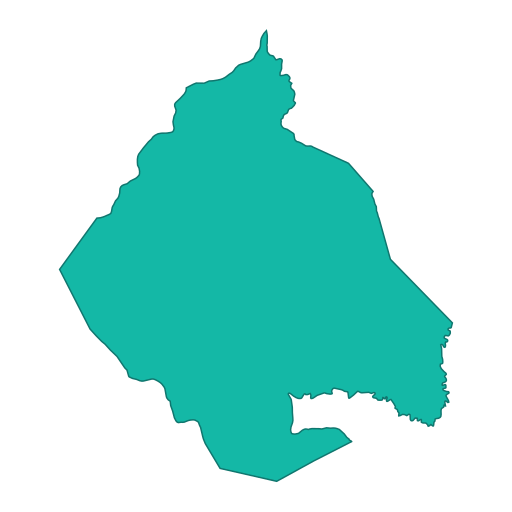 San Antonio de Cortes, Cortés, Honduras (Robinson projection)
{"feature_id": "27666195B17830621331766", "entity_name": "San Antonio de Cortes", "entity_type": "district", "adm_level": 2, "iso_a3": "HND", "parent_name": "Honduras", "parent_adm1": "Cortés", "projection": "robinson", "projection_center": [-87.991, 15.14], "detail": "fine", "context": "isolated", "style": "filled", "palette": "teal", "viewbox_px": 512, "rotation_deg": 0, "n_neighbors": 0, "source": "geoboundaries", "source_scale": "gbopen_adm2", "svg_char_len": 6052}
<svg xmlns="http://www.w3.org/2000/svg" viewBox="0 0 512 512"><path d="M266.4,30.7L263.9,33.5L262.3,36.2L261.3,38.3L260.7,41.3L260.4,46.4L259.6,48.8L258.0,51.2L255.9,54.0L253.8,58.4L250.6,60.9L248.3,62.1L240.8,64.3L238.7,65.2L235.6,68.0L233.8,70.7L232.2,72.4L229.4,74.2L225.5,77.2L222.9,78.6L220.7,79.4L217.5,80.1L213.0,80.8L209.2,81.0L204.2,83.2L196.2,83.1L193.4,84.2L186.3,87.8L186.1,90.4L185.5,92.0L184.2,94.1L180.2,98.4L175.6,102.7L174.7,104.2L174.7,106.1L176.1,110.1L175.7,112.9L174.1,116.1L173.0,121.7L173.4,124.9L174.0,127.5L174.0,129.1L173.3,131.0L172.6,131.8L171.2,132.4L166.8,133.1L161.3,133.2L158.0,133.8L155.2,135.2L153.2,136.7L151.3,139.3L148.5,141.8L143.5,147.8L138.7,154.2L137.8,156.5L137.4,159.3L137.4,162.4L137.6,165.2L139.1,168.3L139.6,171.3L139.5,173.9L139.0,175.3L137.1,177.3L135.5,178.5L130.4,181.0L127.0,183.8L124.0,184.7L122.2,185.5L120.7,187.0L120.0,188.7L119.7,193.0L118.8,196.4L117.9,198.2L115.5,200.9L113.7,204.8L112.7,206.3L112.2,207.6L111.5,211.6L110.8,213.4L109.5,214.3L103.4,216.9L100.3,217.8L96.9,218.1L59.6,269.4L90.1,329.1L96.2,335.8L101.7,341.4L105.1,344.2L110.6,350.3L117.0,356.4L124.8,367.9L127.0,370.1L128.7,376.2L129.2,376.9L132.4,378.4L136.6,379.4L139.8,380.7L141.9,381.1L143.5,381.0L151.4,379.1L153.2,379.0L155.1,379.6L158.0,381.1L160.3,382.6L162.0,384.2L164.1,387.0L164.9,388.6L166.4,396.8L166.8,397.9L168.2,399.8L170.2,401.2L170.7,405.6L172.6,410.9L174.4,417.8L176.0,420.9L177.1,422.1L178.3,422.6L181.3,422.2L182.5,422.3L184.3,422.1L188.1,420.6L190.1,420.1L193.2,419.8L195.0,420.1L197.8,421.6L198.6,422.6L199.5,425.2L200.6,427.5L202.7,436.4L203.4,438.9L205.3,443.6L220.1,468.4L276.7,481.3L313.6,461.0L351.6,441.6L351.3,441.1L349.6,440.2L349.2,439.8L349.1,439.2L346.7,437.3L344.3,434.0L339.4,429.5L336.8,428.5L335.0,428.1L333.1,428.0L330.5,428.2L326.5,427.8L321.8,429.0L319.1,428.7L312.0,428.6L309.7,429.0L308.3,429.5L306.9,429.1L305.2,429.0L304.0,429.4L302.4,430.2L298.5,433.4L295.0,434.1L292.9,433.9L291.6,433.5L290.9,431.8L290.6,429.7L291.0,427.0L292.5,422.7L292.9,420.4L292.8,417.8L292.4,412.7L292.3,407.3L291.3,400.1L291.0,399.1L288.4,394.6L288.3,393.7L288.7,393.2L289.5,393.2L290.2,393.4L293.6,396.1L296.1,397.6L298.2,398.4L299.8,398.5L301.0,398.4L301.8,397.8L303.7,394.7L304.4,393.9L305.1,393.9L305.8,394.6L306.7,394.6L307.8,394.5L310.2,393.5L310.6,394.3L310.9,395.4L310.7,397.0L310.7,398.0L311.1,398.5L311.9,398.5L313.1,398.1L317.3,395.3L323.9,393.0L324.7,392.9L326.6,393.6L330.1,394.1L331.8,393.9L332.2,393.4L331.6,391.2L331.9,390.1L332.9,388.6L334.2,388.1L341.1,389.6L342.6,390.1L344.5,391.3L347.6,391.8L348.0,392.7L348.6,397.4L348.8,398.1L349.2,398.2L350.0,397.8L353.6,395.0L357.0,391.8L357.8,391.3L358.6,391.5L360.7,392.6L361.8,392.8L368.7,392.3L371.4,393.4L373.5,392.6L374.5,392.6L375.1,393.2L375.0,394.1L373.0,396.0L372.7,396.6L372.8,397.1L373.4,397.7L376.4,398.3L378.0,400.1L379.9,400.2L381.9,400.1L382.5,399.5L382.7,398.6L382.7,397.8L382.9,397.5L383.7,397.8L384.3,398.7L385.0,398.9L385.3,398.6L385.8,397.2L386.3,396.8L386.8,397.0L387.2,397.8L386.5,399.9L386.5,400.8L386.8,401.3L387.6,401.3L390.2,399.6L391.0,399.5L393.8,403.6L395.3,406.3L395.4,406.8L395.1,407.5L395.1,408.3L397.3,409.5L397.8,411.5L399.0,413.1L398.7,415.4L398.8,415.9L400.1,415.6L402.5,414.4L404.7,414.6L406.8,415.6L408.7,414.3L409.3,414.3L409.9,414.6L410.1,415.0L410.3,419.3L410.7,420.2L411.2,420.7L412.1,420.8L413.1,420.4L415.1,418.1L417.1,418.2L417.4,418.7L417.3,420.1L417.5,420.7L418.6,420.8L420.3,419.6L421.2,419.5L421.4,419.8L421.3,421.6L421.4,422.3L423.1,423.0L425.4,423.0L426.2,423.3L427.8,425.0L427.9,425.7L428.2,426.2L429.6,425.7L430.5,424.8L430.9,424.5L432.6,425.9L433.4,425.9L433.7,424.7L433.9,422.5L434.3,421.7L434.9,421.1L435.1,419.1L435.8,418.7L438.7,418.2L440.1,417.4L440.8,416.5L441.1,414.6L441.0,410.6L441.3,409.0L441.7,408.4L443.6,407.1L443.9,405.5L444.2,404.9L444.7,404.8L444.9,405.8L445.2,406.0L445.5,406.0L444.8,402.2L444.9,401.3L445.3,401.0L445.9,401.0L447.9,402.5L448.8,402.1L448.4,400.5L446.2,396.4L446.0,395.6L446.5,394.6L448.8,393.2L449.0,392.8L448.9,392.2L448.5,391.7L446.5,391.5L443.8,390.5L443.1,390.0L442.9,389.4L443.2,388.6L445.4,388.1L445.9,387.7L445.9,385.6L445.6,384.8L445.0,384.5L442.6,385.4L442.3,385.3L442.1,384.8L442.2,383.9L442.8,382.9L445.5,381.8L446.3,380.8L446.4,380.0L446.2,379.0L445.6,377.9L444.8,376.9L444.6,376.3L444.8,375.8L446.2,374.5L446.3,374.1L445.8,373.1L444.0,371.6L441.3,368.7L440.2,366.4L440.2,365.3L440.4,364.2L442.5,363.4L442.7,362.8L442.8,361.7L442.6,359.2L441.8,356.4L441.6,348.5L440.7,344.8L441.2,344.4L442.1,344.5L443.0,345.2L443.5,346.5L444.1,347.1L444.7,347.3L445.3,346.9L445.5,345.5L445.3,343.2L445.4,342.4L445.8,341.9L446.6,342.0L447.2,341.7L447.6,341.2L447.7,340.6L447.5,339.9L446.9,339.4L444.4,338.2L444.2,337.6L444.2,336.9L444.7,336.0L445.2,335.5L446.1,335.5L448.2,335.9L448.9,335.5L449.6,334.7L450.3,333.1L450.2,331.1L448.2,330.0L448.0,329.2L448.3,328.6L448.9,328.2L449.7,327.9L450.6,328.0L451.2,327.6L452.4,322.9L390.4,259.3L379.0,218.4L378.3,216.9L377.3,212.9L376.5,211.0L376.3,206.6L374.9,204.0L373.7,199.2L372.2,196.4L371.9,194.7L371.9,193.4L373.1,191.4L348.5,163.3L313.0,147.1L311.7,146.3L310.5,146.0L307.4,146.1L305.7,145.9L301.6,143.3L298.7,142.0L296.6,141.5L294.8,139.6L294.1,135.8L294.0,134.4L293.5,133.5L287.3,129.4L283.8,128.3L282.9,127.6L281.9,126.4L281.3,125.2L281.0,124.2L281.0,122.7L281.2,121.7L281.0,120.1L281.1,119.4L282.9,118.0L283.3,116.1L284.1,114.6L284.8,114.2L286.6,113.4L287.4,112.7L288.6,109.5L289.7,108.7L291.4,108.2L292.4,107.3L294.2,105.4L295.4,103.1L295.3,102.7L293.8,101.3L293.4,100.5L294.8,94.3L294.7,93.5L294.3,91.9L293.8,90.8L291.2,88.4L290.9,87.8L290.6,85.5L291.8,83.3L289.6,81.8L289.0,81.1L289.0,80.3L289.8,78.9L289.9,78.3L289.8,77.5L289.3,76.6L287.7,75.0L286.8,74.6L285.7,74.6L283.5,75.3L281.0,75.6L280.4,75.6L280.0,75.1L280.1,72.6L280.9,70.8L281.6,68.7L281.6,64.1L282.2,60.8L282.0,59.8L281.0,58.9L279.6,58.7L276.8,59.7L275.8,59.7L273.5,56.2L272.8,55.8L270.1,55.2L268.6,53.7L267.4,51.9L267.2,51.2L267.1,46.4L266.8,45.2L267.2,43.1L267.3,36.0L267.0,33.7L266.4,30.7Z" fill="#14b8a6" stroke="#0f766e" stroke-width="1.5"/></svg>